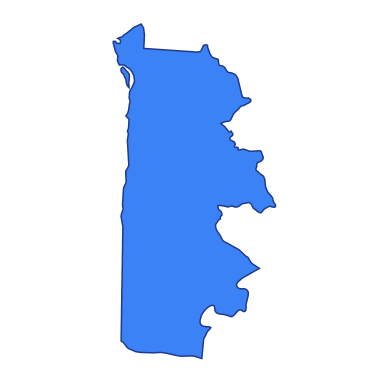 map outline of Bas-Congo (Natural Earth projection), rotated 92°
{"feature_id": "COD-1883", "entity_name": "Bas-Congo", "entity_type": "Province", "adm_level": 1, "iso_a3": "COD", "parent_name": "Democratic Republic of the Congo", "parent_adm1": "", "projection": "natural_earth1", "projection_center": [14.09, -5.165], "detail": "fine", "context": "isolated", "style": "filled", "palette": "blue", "viewbox_px": 384, "rotation_deg": 92, "n_neighbors": 0, "source": "natural_earth", "source_scale": "10m", "svg_char_len": 4658}
<svg xmlns="http://www.w3.org/2000/svg" viewBox="0 0 384 384"><g transform="rotate(92 192 192)"><path d="M259.9,131.0L261.7,129.1L266.0,122.0L276.2,138.7L280.1,142.8L281.1,143.6L282.0,144.0L283.0,144.3L283.9,144.1L284.9,143.8L285.7,143.2L286.4,142.3L286.8,141.2L287.0,140.1L287.1,138.9L286.8,136.7L287.0,135.6L287.5,134.6L288.2,133.6L289.1,132.9L290.0,132.3L291.8,132.2L294.1,132.4L302.8,134.1L306.4,133.9L308.6,134.2L309.5,135.0L309.7,135.9L309.3,137.0L308.0,139.3L308.3,140.7L309.4,142.3L312.9,145.0L314.4,146.7L315.2,148.1L315.1,149.2L313.7,153.5L313.3,155.7L312.9,160.3L312.7,161.5L312.3,162.6L311.6,163.6L310.7,164.3L309.8,164.8L308.9,165.0L305.9,165.5L305.0,166.0L304.5,167.1L304.6,168.5L305.6,170.6L306.7,172.1L308.8,174.3L311.0,176.0L313.6,177.6L315.6,178.4L319.7,179.4L321.7,179.5L322.8,179.2L323.8,178.7L324.7,177.9L325.2,177.2L325.5,176.6L325.8,175.5L326.1,173.3L326.2,170.5L326.3,169.2L326.8,168.5L327.7,168.9L328.6,169.6L330.9,171.8L334.4,173.2L338.2,175.2L358.1,176.4L356.3,182.8L355.8,186.1L356.5,197.3L356.1,200.8L353.9,212.6L353.4,217.7L354.1,225.3L354.1,237.7L353.8,240.6L353.5,242.7L350.9,249.5L350.3,250.5L349.5,251.4L344.7,255.4L343.5,257.6L341.4,257.7L333.9,257.8L326.5,258.0L319.0,258.1L311.6,258.3L304.1,258.4L296.7,258.6L289.2,258.7L281.8,258.8L274.3,259.0L266.9,259.1L259.4,259.3L252.0,259.4L244.5,259.6L237.1,259.7L234.0,259.8L229.5,259.8L219.1,262.0L216.5,261.8L211.4,260.2L207.6,261.0L200.3,260.8L191.7,260.6L190.1,260.4L185.3,258.4L183.4,258.2L173.7,259.0L172.5,258.5L170.5,257.2L167.4,256.1L156.2,257.1L142.7,258.4L136.3,257.6L135.5,257.8L134.0,258.5L133.0,258.5L130.6,257.7L124.1,257.5L121.4,257.5L120.9,257.9L119.2,260.0L118.3,260.7L115.7,259.1L112.3,258.2L105.4,257.5L104.3,256.9L103.0,257.1L100.4,258.1L99.1,258.1L97.7,257.9L95.8,258.1L93.3,257.6L89.5,255.5L88.4,255.2L85.5,253.9L84.2,253.5L81.9,253.5L78.8,254.0L75.8,255.0L73.8,256.4L73.1,256.8L71.3,258.3L70.3,259.9L69.4,261.6L67.3,264.6L67.7,269.1L63.6,271.1L58.3,270.9L54.1,273.5L47.6,275.4L45.4,276.0L44.2,275.9L44.0,274.3L44.3,273.6L46.0,272.4L46.0,270.1L46.0,269.3L45.2,268.8L43.9,268.7L42.5,269.0L42.2,269.8L41.7,270.2L41.1,271.6L40.1,269.6L39.7,267.9L39.4,267.2L39.0,266.7L38.0,266.1L37.7,265.9L36.0,263.3L30.5,257.0L29.0,254.9L25.9,248.7L29.8,246.1L36.8,245.0L44.2,245.1L50.2,245.2L50.5,236.4L50.7,230.3L51.1,218.5L51.5,207.2L51.7,199.1L52.0,191.8L51.4,188.6L50.4,187.8L45.4,185.8L44.9,185.3L44.6,184.4L44.5,183.4L44.5,182.6L44.9,181.6L45.4,181.5L46.0,181.6L46.7,181.5L53.6,178.7L56.6,176.5L57.9,172.9L58.2,171.0L58.9,170.3L62.1,170.0L64.1,169.3L64.7,168.2L64.8,166.7L65.5,164.7L66.8,163.5L70.4,161.0L71.2,159.9L71.4,157.7L71.9,155.6L72.8,153.6L74.2,151.8L76.7,150.2L92.7,145.8L95.6,144.6L96.3,141.9L96.1,138.7L97.5,136.6L99.5,136.4L101.2,138.8L101.9,140.2L103.4,142.7L104.4,145.8L105.2,146.7L107.3,148.3L111.2,152.2L112.7,153.3L117.6,155.4L118.8,156.1L119.6,157.0L120.0,158.1L120.6,161.4L122.4,165.6L123.2,164.8L125.5,161.6L129.7,158.0L130.6,157.5L130.8,156.8L130.5,155.9L129.7,155.1L132.3,153.3L133.3,153.2L134.3,153.7L135.9,155.6L136.9,156.2L137.7,155.9L138.6,155.5L140.4,151.7L142.1,150.5L142.9,150.5L144.7,151.1L145.5,151.0L145.9,150.4L145.7,148.6L146.0,147.6L146.7,147.2L147.3,147.4L148.0,147.5L148.5,146.7L147.4,142.6L147.7,140.5L149.0,136.7L149.3,134.9L148.4,125.7L148.7,124.7L149.6,124.1L154.8,122.0L156.5,122.2L158.3,123.5L159.1,124.7L160.2,127.2L161.1,128.1L161.9,128.3L164.2,128.1L164.3,128.2L166.6,129.0L167.5,128.9L168.3,128.3L169.7,126.4L171.0,125.3L171.2,125.1L171.3,124.9L173.7,121.1L176.8,119.7L183.9,118.7L187.1,117.5L190.1,115.8L193.2,112.7L194.9,111.4L198.6,110.4L202.1,108.1L203.6,108.0L204.1,108.5L204.3,109.2L204.3,110.2L204.1,111.4L203.8,112.8L203.5,113.3L203.5,113.8L204.1,115.2L205.4,117.5L207.0,119.7L209.8,121.8L210.4,122.4L210.1,124.2L209.0,126.1L207.6,127.8L206.7,129.3L205.7,130.5L202.6,132.0L201.3,133.3L200.6,134.7L200.6,135.4L201.2,137.5L201.9,141.2L203.1,142.9L204.3,144.3L205.2,145.8L205.6,148.1L205.4,149.0L204.8,150.7L204.6,151.6L204.6,152.7L205.0,153.6L205.4,154.5L205.7,155.4L204.4,162.8L204.7,165.7L206.2,165.4L207.7,165.1L208.7,164.5L210.4,162.4L211.4,161.8L213.0,161.3L214.5,161.4L215.1,162.4L215.5,162.8L217.2,162.7L217.9,162.8L218.3,163.2L219.0,164.5L219.3,164.7L220.4,165.1L222.9,166.9L223.8,167.3L226.9,167.0L229.4,166.0L234.8,162.1L238.6,160.1L239.9,158.9L240.7,157.5L241.4,156.0L248.1,143.0L254.4,135.8L254.9,134.6L255.6,133.6L259.9,131.0ZM82.6,258.7L84.9,259.1L86.6,258.9L88.1,258.6L89.9,258.6L87.8,260.5L85.5,261.3L80.9,262.3L79.7,263.3L77.2,264.2L74.6,266.7L72.6,267.3L70.8,267.1L69.5,265.4L71.2,263.5L73.6,261.3L76.3,258.9L78.5,258.6L82.6,258.7Z" fill="#3b82f6" stroke="#1e3a8a" stroke-width="1.5"/></g></svg>